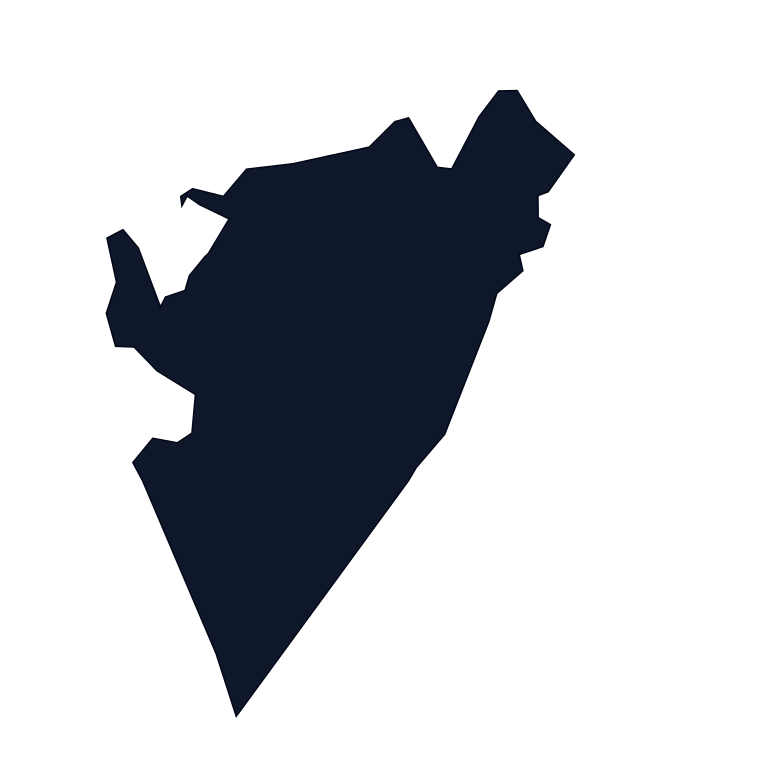 Prince George, Virginia, United States of America, rotated 338°
{"feature_id": "52423323B90517976526133", "entity_name": "Prince George", "entity_type": "district", "adm_level": 2, "iso_a3": "USA", "parent_name": "United States of America", "parent_adm1": "Virginia", "projection": "mercator", "projection_center": [-77.216, 37.157], "detail": "fine", "context": "isolated", "style": "filled", "palette": "ink", "viewbox_px": 768, "rotation_deg": 338, "n_neighbors": 0, "source": "geoboundaries", "source_scale": "gbopen_adm2", "svg_char_len": 819}
<svg xmlns="http://www.w3.org/2000/svg" viewBox="0 0 768 768"><g transform="rotate(338 384 384)"><path d="M121.7,362.7L123.9,383.5L127.3,571.0L122.5,636.8L370.6,482.8L382.5,473.6L421.4,453.4L504.5,365.5L522.5,342.3L555.2,331.0L557.9,314.6L582.9,316.1L598.0,298.6L589.3,287.5L597.3,267.0L608.2,267.3L646.3,242.8L623.1,197.3L617.4,161.8L600.0,155.2L572.2,171.8L527.3,210.0L514.6,203.0L506.5,146.4L492.4,144.8L459.1,158.8L381.9,145.6L337.0,133.3L305.4,149.9L279.7,131.2L265.8,133.9L263.3,143.2L271.9,136.0L280.3,148.8L302.2,172.9L270.1,197.1L265.3,199.0L244.1,210.6L234.6,222.7L214.0,221.5L205.6,228.7L207.2,165.9L199.8,143.1L181.8,144.9L174.1,189.4L153.0,214.4L149.2,248.5L166.1,256.1L178.5,286.8L205.2,323.1L187.5,357.6L170.3,361.1L149.3,347.7L121.7,362.7Z" fill="#0f172a" stroke="#020617" stroke-width="1.5"/></g></svg>